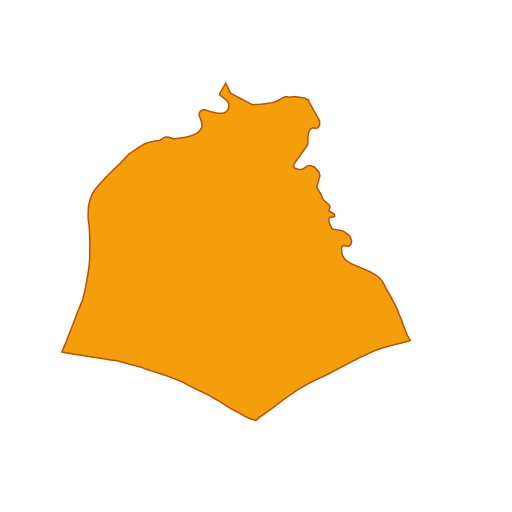 Ma'rib City, Ma'rib, Yemen, rotated 293°
{"feature_id": "15242507B93077253954645", "entity_name": "Ma'rib City", "entity_type": "district", "adm_level": 2, "iso_a3": "YEM", "parent_name": "Yemen", "parent_adm1": "Ma'rib", "projection": "mercator", "projection_center": [45.317, 15.424], "detail": "fine", "context": "isolated", "style": "filled", "palette": "amber", "viewbox_px": 512, "rotation_deg": 293, "n_neighbors": 0, "source": "geoboundaries", "source_scale": "gbopen_adm2", "svg_char_len": 3173}
<svg xmlns="http://www.w3.org/2000/svg" viewBox="0 0 512 512"><g transform="rotate(293 256 256)"><path d="M238.7,431.0L241.8,426.6L246.0,422.3L250.3,418.3L254.7,414.3L258.3,410.4L262.3,406.6L265.7,402.7L269.0,398.6L272.4,394.6L275.4,390.3L279.4,385.5L282.5,381.5L283.8,378.7L284.6,376.4L285.3,373.5L286.1,366.7L286.1,349.0L286.3,345.3L286.8,342.1L287.8,339.0L290.2,335.5L292.9,333.5L296.6,331.6L297.9,331.5L299.2,331.8L299.8,332.5L300.2,334.8L300.8,336.7L301.5,337.8L302.4,338.4L303.6,338.7L305.2,338.7L306.4,338.5L307.4,338.0L308.5,336.9L310.2,335.5L311.4,333.6L312.9,327.4L312.6,324.0L310.9,317.2L311.0,315.2L312.3,313.6L314.9,310.7L317.8,308.7L319.7,308.6L320.8,308.9L321.0,309.7L321.6,311.2L322.8,312.5L323.6,312.9L325.2,311.4L325.7,309.5L325.7,307.7L325.7,306.4L325.7,305.9L326.1,305.6L327.0,305.3L330.0,305.0L331.4,303.8L331.9,302.4L333.5,297.6L334.5,295.3L338.2,291.6L341.5,287.2L343.4,284.9L354.9,283.5L357.8,281.3L360.8,275.0L360.4,270.9L359.3,268.3L353.7,264.6L352.3,261.2L352.0,257.4L353.1,255.6L355.3,255.0L377.9,260.0L379.3,259.8L381.8,259.0L383.2,258.2L389.0,256.4L391.0,256.2L394.0,256.4L396.0,258.0L397.2,262.1L399.1,263.2L401.9,263.3L405.3,261.7L419.5,243.4L420.1,243.4L420.3,238.6L417.9,229.4L415.0,224.2L414.8,222.4L413.9,220.6L412.5,219.2L410.2,217.4L407.4,215.2L405.4,213.4L403.9,211.6L400.0,205.4L399.7,204.9L397.0,200.1L394.6,195.0L393.8,193.5L395.9,168.9L397.5,167.1L402.9,160.9L403.3,160.6L392.3,159.2L390.3,159.5L389.7,160.3L389.6,161.9L388.0,167.3L386.8,169.9L385.5,171.5L383.9,172.3L382.2,172.8L380.1,172.9L377.6,172.4L375.9,171.3L374.6,170.0L373.2,166.9L372.4,164.6L372.1,163.4L371.9,162.5L371.8,161.6L371.1,157.9L370.8,153.6L370.2,150.6L368.8,148.9L366.9,148.1L365.0,148.0L363.2,148.8L362.2,149.8L359.9,151.8L357.1,154.2L354.5,155.7L351.8,155.7L347.9,154.8L345.4,153.3L342.9,150.9L339.7,147.4L335.9,141.8L333.4,137.4L331.7,134.5L331.2,129.6L330.9,127.9L330.4,126.7L329.2,125.2L326.5,123.4L324.8,122.3L322.2,117.7L318.2,112.4L315.2,109.2L312.0,107.1L311.9,106.8L300.5,99.3L289.5,95.3L284.7,93.2L279.2,90.9L270.9,87.5L261.2,84.0L254.1,81.8L247.8,81.0L243.3,81.2L236.7,82.2L231.2,84.2L224.7,86.9L217.9,91.0L205.1,97.1L189.3,103.7L180.1,106.7L169.4,109.4L158.5,111.8L147.9,113.6L142.7,113.5L137.5,113.7L132.2,113.7L126.4,114.1L120.7,114.2L115.4,114.4L110.1,114.4L103.1,114.8L97.4,114.8L91.7,114.8L92.3,117.4L93.5,122.5L94.8,128.4L96.3,133.8L97.9,140.4L99.3,146.0L101.0,152.4L102.3,157.9L103.6,163.2L105.2,168.8L106.3,176.1L106.9,181.7L108.1,189.2L108.8,195.0L109.0,200.7L109.7,206.9L110.2,213.5L110.7,218.9L111.0,225.3L111.1,230.8L111.4,237.3L110.6,243.4L110.3,250.0L109.9,255.4L109.7,260.8L109.4,266.9L108.5,273.6L107.8,280.6L106.7,285.8L105.8,291.5L105.3,296.7L104.9,302.6L104.0,308.6L104.0,314.7L104.4,320.0L108.9,322.3L113.8,325.3L119.0,328.5L123.6,331.2L129.1,334.3L133.9,337.1L139.1,340.2L144.4,343.7L148.8,346.4L154.0,350.2L158.6,353.7L163.9,358.2L168.5,362.3L172.7,366.2L177.3,370.1L181.5,373.4L185.9,377.0L190.3,380.7L195.1,384.5L199.1,387.8L203.3,391.3L207.0,394.9L211.6,398.8L216.5,403.6L220.5,408.0L224.0,412.4L227.5,416.7L231.0,421.6L234.2,425.8L237.6,430.1L238.7,431.0Z" fill="#f59e0b" stroke="#b45309" stroke-width="1.5"/></g></svg>